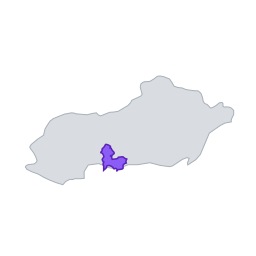 Durrës on a map of Albania (Mercator projection), rotated 262°
{"feature_id": "ALB-1494", "entity_name": "Durrës", "entity_type": "County", "adm_level": 1, "iso_a3": "ALB", "parent_name": "Albania", "parent_adm1": "", "projection": "mercator", "projection_center": [19.648, 41.417], "detail": "fine", "context": "in_parent", "style": "filled", "palette": "violet", "viewbox_px": 256, "rotation_deg": 262, "n_neighbors": 0, "source": "natural_earth", "source_scale": "10m", "svg_char_len": 2791}
<svg xmlns="http://www.w3.org/2000/svg" viewBox="0 0 256 256"><g transform="rotate(262 128 128)"><path d="M84.2,77.6L84.4,74.0L85.2,68.2L84.7,66.3L85.2,63.1L83.6,58.7L80.9,55.6L83.5,50.0L87.3,43.2L90.8,37.9L95.1,32.3L97.9,26.9L101.0,22.3L103.6,20.9L104.9,21.9L105.6,23.9L105.5,29.9L106.4,31.9L108.2,33.4L112.1,32.7L116.3,31.2L122.1,28.1L123.1,28.2L125.2,29.9L129.6,37.1L132.6,43.4L138.4,45.6L141.6,48.1L145.8,51.9L147.8,55.6L150.6,67.1L150.9,74.1L150.1,77.2L149.4,78.0L146.8,89.3L147.4,95.0L147.4,98.8L145.2,100.3L143.8,102.6L146.1,112.0L145.8,115.9L145.9,120.5L150.2,130.9L152.7,134.1L154.9,135.6L157.8,145.1L159.5,146.7L166.5,145.8L169.9,146.9L171.2,149.2L171.5,150.7L171.1,156.0L172.8,160.1L175.1,164.3L175.1,166.9L173.6,171.0L170.8,175.9L167.1,177.8L163.0,179.4L161.1,183.2L160.1,187.2L158.3,190.2L157.1,193.5L155.4,200.1L155.0,202.6L152.3,205.0L148.0,206.0L144.2,206.2L141.6,207.3L140.3,209.6L137.8,211.5L136.4,212.3L136.4,214.3L138.1,218.5L140.2,221.9L140.2,224.7L139.2,225.4L136.1,225.1L135.4,226.1L135.1,229.2L134.3,231.8L133.0,233.4L130.7,235.1L126.7,234.6L122.8,231.9L120.8,231.1L119.7,231.2L119.4,224.8L117.7,219.8L111.6,207.8L91.8,196.0L87.2,190.8L85.1,186.3L83.1,182.1L85.1,182.0L87.0,183.1L89.5,184.3L90.5,182.2L89.4,177.6L84.3,166.9L83.9,163.9L86.4,154.9L90.6,144.8L90.3,132.4L91.6,123.1L90.2,117.0L89.5,109.6L92.5,99.7L95.1,97.2L96.8,94.1L96.9,83.5L91.0,78.5L84.2,77.6Z" fill="#d9dde1" stroke="#a8b0b8" stroke-width="1"/><path d="M93.5,121.4L93.4,120.2L92.8,119.0L92.0,118.1L91.2,117.7L90.0,117.7L89.0,117.6L88.3,116.9L88.1,115.6L88.1,112.6L87.9,112.0L87.1,111.2L86.9,110.4L87.6,111.3L88.8,111.3L89.7,110.3L89.5,108.4L90.8,107.7L92.1,106.6L93.1,105.1L93.6,103.2L93.4,102.0L93.1,101.6L92.5,101.4L91.7,101.0L91.0,100.3L90.1,98.8L89.5,98.0L94.2,98.7L95.7,98.2L95.9,98.3L97.6,99.3L97.8,98.8L97.9,98.7L98.1,98.6L98.9,98.5L100.1,98.0L100.4,98.1L101.3,98.6L101.5,98.8L102.0,99.4L102.3,99.7L102.7,100.0L103.4,100.1L104.2,100.0L105.9,99.4L106.6,98.9L106.9,98.5L107.0,98.2L107.1,97.9L107.4,97.7L107.7,97.7L108.0,97.9L108.5,98.5L109.0,99.0L109.4,99.3L110.8,99.4L112.7,101.8L114.8,103.5L114.8,104.2L114.7,104.6L114.5,105.0L113.8,106.4L113.4,106.9L112.5,107.9L112.0,108.1L111.6,108.0L111.1,107.6L110.8,107.4L110.7,107.7L110.6,107.9L110.5,108.2L110.3,108.4L108.0,109.3L106.5,110.4L105.9,110.7L105.5,110.8L104.8,110.8L104.5,110.6L104.3,110.2L104.1,109.8L104.0,109.6L103.9,109.5L103.6,109.2L103.4,108.9L103.3,108.6L103.1,107.4L103.0,107.0L102.8,106.8L102.5,107.1L102.3,107.5L102.1,107.9L101.8,108.0L100.7,107.7L99.2,108.0L99.1,112.1L99.2,113.0L99.5,113.7L99.8,114.0L100.3,114.2L100.4,114.5L100.4,115.1L100.3,116.3L100.4,117.2L100.3,118.0L100.2,118.8L99.9,119.3L98.4,120.6L97.4,122.5L96.4,121.8L94.9,121.2L93.5,121.4L93.5,121.4Z" fill="#8b5cf6" stroke="#5b21b6" stroke-width="1.5"/></g></svg>